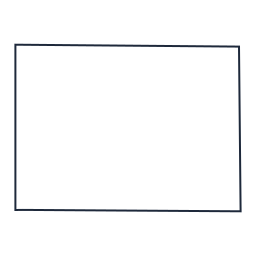 the district of Hooker, Nebraska, United States of America
{"feature_id": "52423323B60730301974772", "entity_name": "Hooker", "entity_type": "district", "adm_level": 2, "iso_a3": "USA", "parent_name": "United States of America", "parent_adm1": "Nebraska", "projection": "robinson", "projection_center": [-101.132, 41.916], "detail": "fine", "context": "isolated", "style": "outline", "palette": "slate", "viewbox_px": 256, "rotation_deg": 0, "n_neighbors": 0, "source": "geoboundaries", "source_scale": "gbopen_adm2", "svg_char_len": 194}
<svg xmlns="http://www.w3.org/2000/svg" viewBox="0 0 256 256"><path d="M240.6,211.3L239.0,46.6L15.4,44.7L15.4,210.0L22.9,209.9L240.6,211.3Z" fill="none" stroke="#1e293b" stroke-width="2"/></svg>